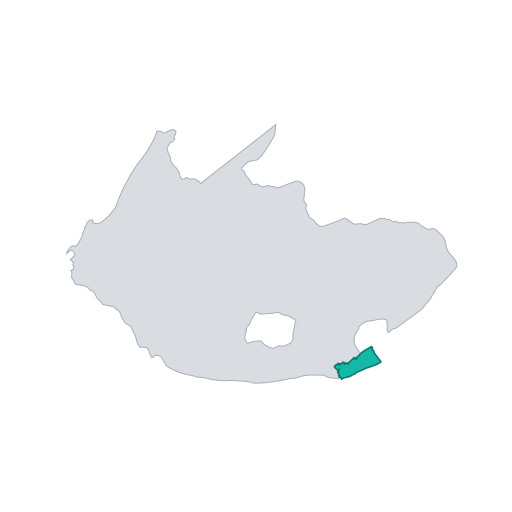 location of Umkhanyakude, KwaZulu-Natal, South Africa, rotated 54°
{"feature_id": "47623444B87808740966359", "entity_name": "Umkhanyakude", "entity_type": "district", "adm_level": 2, "iso_a3": "ZAF", "parent_name": "South Africa", "parent_adm1": "KwaZulu-Natal", "projection": "equal_earth", "projection_center": [32.054, -27.662], "detail": "fine", "context": "in_parent", "style": "filled", "palette": "teal", "viewbox_px": 512, "rotation_deg": 54, "n_neighbors": 0, "source": "geoboundaries", "source_scale": "gbopen_adm2", "svg_char_len": 7695}
<svg xmlns="http://www.w3.org/2000/svg" viewBox="0 0 512 512"><g transform="rotate(54 256 256)"><path d="M340.1,95.0L350.6,93.2L355.4,94.2L361.1,97.1L366.4,98.1L375.4,97.1L378.5,97.5L381.0,98.5L382.8,100.0L385.4,111.2L387.6,123.2L387.6,127.1L387.9,128.6L390.5,133.7L391.4,136.8L392.9,139.4L396.2,152.1L396.6,154.4L396.6,185.1L395.3,188.8L395.9,193.6L394.4,194.2L385.5,188.1L383.9,188.3L381.4,190.6L379.1,194.2L378.0,197.2L373.6,205.5L373.3,210.7L373.7,215.1L375.2,215.3L376.2,218.5L378.7,223.6L382.8,226.9L386.6,228.4L391.9,228.8L396.1,228.7L395.8,225.2L396.8,216.0L403.8,217.1L414.1,216.8L413.4,222.8L409.6,236.5L407.2,251.8L404.1,259.5L402.4,262.7L397.4,268.3L394.8,270.2L392.6,270.8L384.1,282.1L380.9,287.6L378.2,295.5L375.4,299.9L371.3,309.2L364.2,322.8L358.2,331.8L355.6,334.3L353.8,335.5L349.0,340.7L342.3,349.0L337.3,356.4L329.7,364.7L325.2,368.3L318.7,375.5L316.8,376.6L309.4,383.2L304.1,387.2L295.4,391.9L292.0,393.2L283.7,392.0L280.2,392.6L277.4,395.4L277.3,399.5L276.1,400.1L268.4,398.2L265.3,398.5L263.5,400.7L262.1,403.4L257.8,403.5L249.9,400.7L240.7,399.0L238.6,398.8L234.3,400.9L232.7,401.2L226.3,400.8L222.7,399.4L219.2,399.4L216.7,400.5L213.5,400.9L205.2,408.5L200.8,408.5L197.0,409.4L190.2,408.4L188.2,408.8L186.3,410.2L181.7,410.7L180.0,411.9L172.5,418.8L169.3,418.0L165.3,418.0L160.5,414.3L158.8,414.5L159.2,413.4L159.2,411.5L157.5,409.5L155.7,409.6L154.7,407.9L151.9,407.8L149.7,408.3L148.9,401.9L147.8,401.3L145.1,401.1L143.7,401.3L143.1,401.9L142.5,403.4L142.7,407.8L141.7,406.6L140.4,403.9L139.9,401.0L140.2,397.7L142.2,396.4L141.3,392.1L137.7,384.7L135.6,383.1L133.9,379.3L132.3,378.0L131.5,375.3L129.9,373.2L129.2,369.8L129.9,367.9L131.2,366.8L132.6,368.5L134.2,367.8L136.5,365.4L137.7,361.7L137.5,355.7L137.0,352.0L134.6,342.4L133.6,340.2L128.9,333.3L123.5,324.1L116.4,309.4L112.9,300.6L107.4,282.8L102.9,272.7L97.4,263.2L96.7,262.6L97.5,261.4L100.0,259.2L101.2,258.6L101.9,258.9L102.5,258.3L103.0,256.8L103.3,253.5L104.4,249.9L105.4,248.4L107.8,247.4L109.6,248.8L110.4,250.1L110.8,251.8L111.7,252.6L113.0,252.5L113.9,253.6L114.5,255.8L114.5,257.3L113.8,258.3L114.0,259.6L115.0,261.2L116.2,264.6L121.1,266.5L123.8,266.7L126.5,267.6L129.0,269.1L133.0,269.5L138.6,268.7L143.2,269.1L146.8,270.6L149.5,270.8L151.1,269.9L151.7,268.5L151.4,266.7L152.2,265.6L154.0,265.1L155.4,263.7L156.4,261.5L158.8,259.6L162.8,258.2L164.8,258.3L161.3,162.7L168.7,169.3L170.4,172.4L174.2,181.4L178.2,192.5L178.9,197.8L178.8,199.0L175.4,206.3L175.4,209.8L176.0,214.0L176.9,216.1L178.0,216.8L180.5,215.7L184.4,216.9L191.9,216.4L195.6,216.9L196.5,216.6L197.3,215.7L198.2,213.2L199.1,212.4L202.5,211.2L204.0,209.8L206.3,204.8L213.6,198.1L214.3,196.5L218.6,180.5L219.9,178.2L222.0,176.7L226.0,175.5L228.4,176.2L231.1,177.5L234.0,179.9L238.5,184.3L240.0,184.9L244.4,185.1L247.1,188.0L255.3,189.9L257.7,189.8L260.2,188.3L264.4,188.3L268.8,187.2L271.5,184.4L276.5,166.8L277.0,163.0L277.5,161.9L281.8,159.9L287.0,158.4L288.1,157.6L291.2,152.6L295.4,148.6L298.2,134.5L300.1,131.1L301.3,129.7L302.1,129.7L303.2,128.8L304.6,127.1L306.2,126.0L308.2,125.6L309.5,124.4L310.0,122.5L311.0,121.6L312.5,121.7L313.3,121.1L313.5,119.8L316.6,116.7L316.7,115.5L318.5,112.5L322.0,107.7L325.4,105.1L328.6,104.6L334.4,102.1L336.5,99.8L337.8,96.7L340.1,95.0ZM332.4,301.4L337.5,299.1L341.2,296.0L342.0,290.4L344.9,287.0L345.9,283.8L346.7,279.3L344.9,274.7L342.5,273.4L338.2,269.4L336.3,266.7L333.6,264.4L331.8,261.6L328.8,262.5L324.2,264.7L321.4,266.8L319.0,269.2L314.7,270.9L310.8,278.5L309.5,280.2L306.4,285.8L301.9,288.5L301.8,289.5L303.4,294.0L305.6,298.5L307.9,302.1L307.8,304.4L308.6,306.1L310.6,307.4L314.0,311.9L315.7,313.4L320.7,314.5L321.5,314.2L322.8,311.5L323.0,309.6L326.3,303.7L327.7,301.8L332.4,301.4Z" fill="#d9dde1" stroke="#a8b0b8" stroke-width="1"/><path d="M404.5,258.8L406.0,259.2L406.1,258.4L406.2,257.7L406.2,257.1L406.2,256.9L406.2,256.7L406.4,256.1L406.7,255.7L407.1,254.7L407.8,253.1L408.3,251.9L408.6,250.8L408.8,250.2L408.8,249.7L408.8,249.0L409.1,247.0L409.3,246.3L409.5,245.1L409.5,244.8L409.4,244.7L409.4,244.1L409.6,242.3L409.7,241.2L409.9,240.4L410.0,239.8L410.2,239.2L410.3,238.8L410.4,238.4L410.5,238.1L410.7,237.2L410.7,236.4L411.0,235.7L411.1,235.2L411.2,234.8L411.1,234.7L411.0,234.2L411.5,232.8L411.7,232.3L411.9,231.7L412.1,231.2L412.3,230.5L412.3,230.2L412.5,229.9L412.5,229.7L412.8,228.9L412.9,228.5L412.9,228.4L412.9,228.2L413.3,227.1L413.3,226.9L413.6,226.0L413.5,225.9L413.6,225.6L414.0,224.7L414.2,224.0L414.3,223.9L414.3,223.6L414.4,223.1L414.5,222.6L414.6,222.0L414.7,221.9L414.7,221.7L414.8,221.3L414.7,221.2L414.8,220.9L414.9,220.5L414.9,220.3L415.0,220.1L415.0,219.9L414.9,219.7L415.0,219.0L415.0,218.9L415.1,218.3L415.1,218.0L415.3,217.4L414.2,217.0L413.5,217.2L412.6,217.2L411.9,217.2L411.0,217.3L410.2,217.3L407.9,217.2L403.6,217.2L403.3,217.2L403.2,217.0L403.1,216.9L402.9,217.0L402.6,216.9L402.3,216.8L402.2,216.8L401.9,216.8L401.8,216.7L401.7,216.6L401.2,216.4L400.9,216.6L400.9,216.8L400.7,217.0L400.4,217.2L400.1,217.1L399.9,217.0L399.7,216.8L399.6,216.6L399.3,216.6L399.2,216.5L399.0,216.1L398.9,215.8L398.8,215.7L398.7,215.6L398.3,215.8L398.2,215.8L398.1,216.0L397.9,216.0L397.6,215.8L397.6,215.7L397.4,215.7L397.2,215.7L397.1,215.8L397.2,216.0L396.9,218.2L396.8,218.7L396.9,219.1L396.6,220.8L396.6,221.7L396.5,223.1L396.4,223.7L396.4,223.9L396.4,224.1L396.4,224.6L396.4,226.5L396.4,228.8L396.5,229.0L396.7,229.6L396.6,229.8L396.7,230.1L396.6,230.3L396.7,230.6L396.9,230.7L397.0,231.1L397.0,231.6L397.1,232.4L397.1,232.6L397.1,233.1L397.2,233.4L397.2,233.6L397.3,233.8L397.2,233.8L397.3,234.0L397.5,234.3L397.4,234.4L397.5,234.8L397.8,235.1L397.7,235.1L397.8,235.6L397.9,235.9L397.7,236.2L397.6,235.9L397.3,236.1L397.2,236.1L396.8,235.8L396.7,235.8L396.6,236.0L396.3,236.1L396.1,236.1L396.1,236.4L396.0,236.6L396.0,236.8L395.9,236.8L396.8,243.7L397.5,244.8L397.4,244.8L397.2,244.9L396.9,244.9L396.7,244.8L396.7,244.7L396.6,244.8L396.6,245.0L396.4,245.0L396.4,244.9L396.2,244.9L396.1,245.0L396.0,245.3L396.0,245.6L395.9,245.6L395.9,245.8L395.7,245.9L395.7,246.0L395.7,246.3L395.8,246.5L395.9,246.8L395.9,247.0L395.8,247.3L395.8,247.5L395.7,247.5L395.8,247.6L395.8,247.8L395.7,247.9L395.5,247.7L395.4,247.5L395.4,247.4L395.2,247.4L395.0,247.5L394.9,247.5L394.7,247.5L394.7,247.4L394.6,247.5L394.0,247.3L393.9,247.3L393.6,247.4L393.4,247.6L393.5,247.9L393.5,248.3L393.4,248.3L393.5,248.4L393.4,248.6L393.3,248.9L393.4,249.0L393.2,249.4L393.2,249.5L393.3,249.5L393.2,249.7L393.1,249.8L393.1,250.0L392.9,250.2L392.9,250.3L393.1,250.6L392.9,250.8L392.9,251.0L393.0,251.2L392.9,251.3L393.2,251.5L393.0,251.8L393.3,251.9L393.3,252.2L393.3,252.3L393.2,252.2L393.1,252.3L392.8,252.3L392.7,252.2L392.1,252.4L392.1,252.5L391.9,252.6L391.8,252.3L391.7,252.3L391.1,252.5L391.1,253.6L391.5,254.4L391.5,254.5L391.3,254.8L391.3,255.0L391.2,255.4L391.0,255.9L391.1,256.0L391.3,256.2L391.5,256.2L391.5,256.3L391.4,256.3L391.2,256.4L391.2,256.5L391.3,256.5L391.6,257.1L391.9,257.3L392.0,257.3L391.9,257.8L393.2,257.8L396.2,257.1L396.5,256.0L396.5,255.7L396.7,255.9L396.8,256.0L397.2,256.0L397.3,256.4L397.4,256.5L397.1,256.5L397.0,256.4L396.8,256.5L396.7,256.5L396.8,256.7L396.8,256.8L397.0,256.9L397.2,257.2L397.3,257.2L397.5,256.9L397.7,257.0L397.8,257.1L397.9,257.4L398.0,257.4L398.2,257.5L398.1,258.0L397.9,258.2L398.0,258.4L398.4,258.2L398.6,258.2L399.0,257.9L399.3,258.0L399.5,258.2L399.5,258.4L399.6,258.5L399.8,258.3L399.9,258.2L400.0,258.1L400.3,258.3L401.0,258.5L401.4,258.4L401.4,258.8L401.3,259.4L401.5,259.4L401.8,259.4L401.9,259.2L402.0,259.3L401.9,259.3L402.0,259.4L402.2,259.6L402.5,259.8L402.8,260.0L403.0,260.0L403.0,259.9L403.2,259.7L403.4,259.4L403.9,259.2L404.2,259.2L404.4,259.0L404.5,258.8Z" fill="#14b8a6" stroke="#0f766e" stroke-width="1.5"/></g></svg>